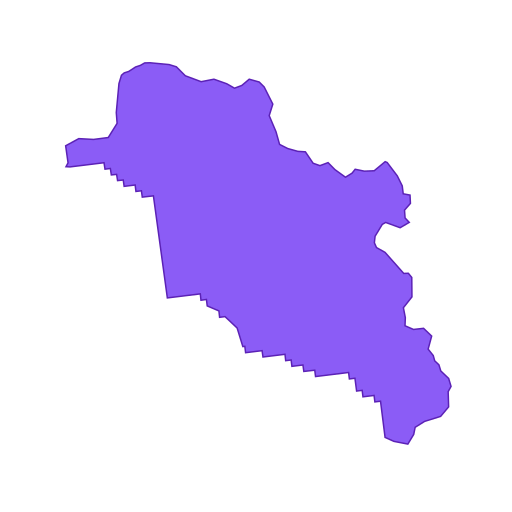 the district of Douglas, Washington, United States of America, rotated 83°
{"feature_id": "52423323B13167206159035", "entity_name": "Douglas", "entity_type": "district", "adm_level": 2, "iso_a3": "USA", "parent_name": "United States of America", "parent_adm1": "Washington", "projection": "natural_earth1", "projection_center": [-119.676, 47.685], "detail": "fine", "context": "isolated", "style": "filled", "palette": "violet", "viewbox_px": 512, "rotation_deg": 83, "n_neighbors": 0, "source": "geoboundaries", "source_scale": "gbopen_adm2", "svg_char_len": 1719}
<svg xmlns="http://www.w3.org/2000/svg" viewBox="0 0 512 512"><g transform="rotate(83 256 256)"><path d="M144.2,433.7L144.9,429.7L144.9,395.5L151.4,395.3L151.4,389.9L157.9,389.7L158.0,384.4L164.3,384.2L164.4,378.5L170.8,378.4L170.8,367.3L177.3,367.3L177.3,361.8L183.7,361.7L183.8,350.5L286.8,349.1L286.8,315.9L293.2,316.0L293.1,310.5L299.6,310.5L306.0,299.5L312.4,299.6L312.4,294.1L325.2,283.5L344.3,280.1L344.3,278.1L350.7,278.1L350.7,261.5L357.1,261.4L357.1,239.2L363.5,239.3L363.5,233.8L369.9,233.8L369.9,222.7L376.4,222.6L376.5,211.6L382.9,211.6L382.9,178.3L389.4,178.3L389.4,172.7L402.3,172.6L402.3,167.0L408.8,167.0L408.8,155.8L415.3,155.8L415.3,150.1L451.8,150.0L456.8,141.7L461.2,128.2L452.3,121.2L445.4,118.9L440.7,108.8L437.7,92.3L429.2,83.2L414.1,81.8L409.2,78.3L401.0,79.7L392.6,86.6L386.3,87.7L381.8,91.4L376.4,92.2L369.4,96.5L356.9,91.4L348.2,98.5L348.1,108.6L343.4,116.6L335.4,115.3L325.3,116.0L315.6,106.2L296.3,104.0L291.7,106.9L291.3,111.5L268.1,127.5L262.3,135.4L257.3,136.9L250.9,135.4L240.0,126.8L238.5,123.2L245.5,109.5L241.3,99.8L236.4,103.4L228.6,103.0L222.6,96.3L214.3,95.7L212.2,102.3L204.2,102.3L193.7,106.0L179.2,114.4L178.1,116.3L185.8,128.3L185.0,138.1L182.0,147.0L185.5,150.6L188.7,157.6L179.9,167.1L172.1,173.1L174.1,181.5L170.9,188.0L158.6,194.3L157.2,201.8L153.2,211.4L148.1,219.0L135.1,221.0L118.3,225.8L107.3,220.8L89.2,227.3L83.7,231.6L79.7,241.2L85.0,249.3L86.8,256.9L81.5,264.0L75.4,276.2L76.3,289.2L68.5,304.2L58.5,312.0L55.4,318.9L51.3,337.6L50.8,343.0L52.7,347.5L53.7,352.5L57.3,359.8L58.2,364.5L60.2,367.5L68.1,371.0L96.6,377.2L107.4,377.7L120.4,388.2L120.5,403.0L117.9,417.6L123.4,431.5L140.6,431.2L144.2,433.7Z" fill="#8b5cf6" stroke="#5b21b6" stroke-width="1.5"/></g></svg>